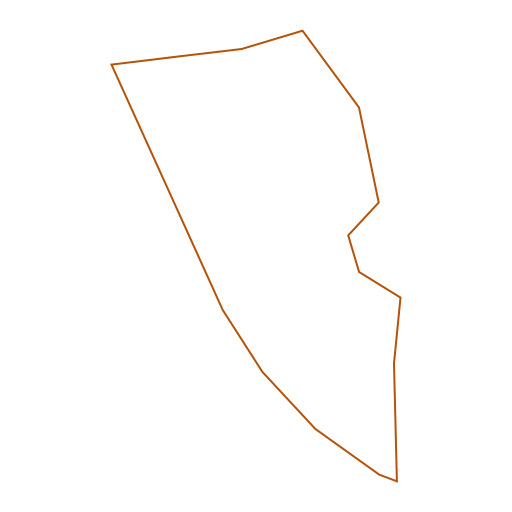 Liverpool, orthographic projection
{"feature_id": "GBR-5668", "entity_name": "Liverpool", "entity_type": "Metropolitan Borough", "adm_level": 1, "iso_a3": "GBR", "parent_name": "United Kingdom", "parent_adm1": "", "projection": "orthographic", "projection_center": [-2.925, 53.412], "detail": "fine", "context": "isolated", "style": "outline", "palette": "amber", "viewbox_px": 512, "rotation_deg": 0, "n_neighbors": 0, "source": "natural_earth", "source_scale": "10m", "svg_char_len": 315}
<svg xmlns="http://www.w3.org/2000/svg" viewBox="0 0 512 512"><path d="M396.9,481.3L379.3,474.7L315.4,429.0L262.4,371.9L222.8,310.1L111.5,64.6L180.6,56.2L241.6,49.0L302.5,30.7L359.0,107.5L378.7,202.5L348.2,235.4L359.1,272.0L400.5,297.6L394.0,363.4L396.9,481.3Z" fill="none" stroke="#b45309" stroke-width="2"/></svg>